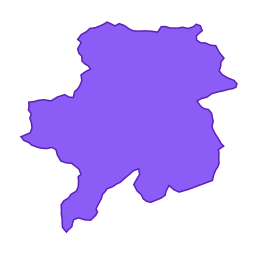 outline of Serra Negra, São Paulo, Brazil, rotated 273°
{"feature_id": "56859067B13856300620043", "entity_name": "Serra Negra", "entity_type": "district", "adm_level": 2, "iso_a3": "BRA", "parent_name": "Brazil", "parent_adm1": "São Paulo", "projection": "natural_earth1", "projection_center": [-46.694, -22.584], "detail": "fine", "context": "isolated", "style": "filled", "palette": "violet", "viewbox_px": 256, "rotation_deg": 273, "n_neighbors": 0, "source": "geoboundaries", "source_scale": "gbopen_adm2", "svg_char_len": 2108}
<svg xmlns="http://www.w3.org/2000/svg" viewBox="0 0 256 256"><g transform="rotate(273 128 128)"><path d="M97.4,220.8L102.8,220.2L107.7,220.2L111.1,219.4L114.9,224.5L117.5,221.7L122.2,218.7L126.6,215.5L131.1,212.8L134.3,211.8L139.1,212.8L143.9,211.4L147.0,210.8L150.6,207.5L151.5,202.4L153.7,199.3L158.5,195.6L161.1,199.5L163.0,205.3L166.8,210.0L168.6,215.5L170.4,222.2L171.9,226.4L172.7,230.3L174.3,233.6L177.9,234.5L181.0,231.5L183.4,224.6L186.2,219.4L189.8,216.1L194.4,217.3L198.6,217.3L202.8,220.2L206.6,216.6L209.9,214.1L214.8,211.4L215.0,206.0L216.9,201.2L216.9,196.1L219.4,192.0L223.4,191.4L226.3,194.0L229.1,197.1L233.9,194.9L235.2,190.7L232.5,187.9L230.5,182.8L231.5,177.2L230.3,172.1L230.1,164.7L231.3,160.0L230.9,155.9L225.3,152.6L225.9,146.3L225.9,140.0L225.3,133.4L225.3,128.3L226.9,124.1L230.1,119.1L231.8,113.8L229.3,109.6L231.1,105.6L232.7,101.5L230.5,98.4L228.3,94.3L226.3,89.8L225.5,84.9L222.0,81.4L218.8,76.4L213.8,73.1L211.1,76.8L204.4,73.6L200.0,75.1L197.2,78.1L192.5,78.5L189.7,81.6L188.1,84.9L184.9,87.5L182.5,83.2L178.6,78.3L172.9,79.4L168.0,77.7L164.7,75.9L161.6,72.8L155.7,71.8L155.7,67.7L158.0,63.0L155.4,56.1L151.1,49.7L151.8,42.3L150.9,36.8L149.6,33.4L148.6,27.5L144.8,28.0L140.7,27.6L136.9,30.8L132.7,29.4L128.0,31.3L123.0,32.1L118.0,30.5L113.7,21.5L110.1,24.7L108.4,29.6L106.0,32.5L104.3,37.6L103.4,41.9L103.1,47.4L104.6,53.1L102.6,57.2L97.2,58.9L91.5,62.6L90.0,67.9L89.8,73.5L87.8,76.3L84.4,81.2L79.2,83.5L76.8,80.8L72.3,81.4L66.5,81.4L62.1,79.5L58.7,74.4L55.1,72.4L51.9,67.7L47.8,65.3L42.4,65.8L38.5,65.9L34.2,66.9L28.9,67.3L25.1,67.9L20.8,72.0L23.5,74.0L26.5,77.1L29.8,77.5L33.7,78.6L35.6,83.2L34.0,89.6L34.0,95.5L39.2,100.4L42.5,101.9L45.7,100.3L48.8,101.6L52.9,103.6L56.2,105.1L60.1,105.9L62.7,108.0L66.2,110.3L68.7,115.8L71.6,119.7L73.3,123.0L77.0,126.7L85.5,135.6L87.9,140.8L82.2,142.0L76.8,139.1L71.8,136.7L65.4,140.6L62.2,144.7L58.1,146.9L55.7,150.4L55.0,154.5L57.5,159.9L59.7,164.7L62.8,168.6L67.0,169.4L72.7,171.9L68.7,177.2L66.7,182.4L69.8,191.4L80.1,215.1L85.0,215.9L90.1,217.5L94.1,219.8L97.4,220.8Z" fill="#8b5cf6" stroke="#5b21b6" stroke-width="1.5"/></g></svg>